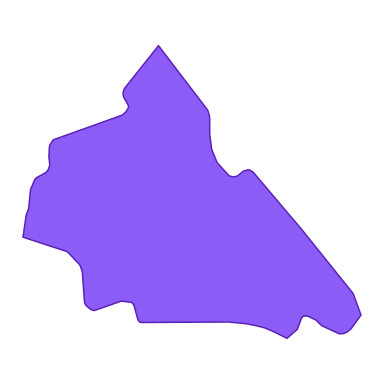 an SVG outline of Brent
{"feature_id": "GBR-2062", "entity_name": "Brent", "entity_type": "London Borough", "adm_level": 1, "iso_a3": "GBR", "parent_name": "United Kingdom", "parent_adm1": "", "projection": "orthographic", "projection_center": [-0.26, 51.562], "detail": "fine", "context": "isolated", "style": "filled", "palette": "violet", "viewbox_px": 384, "rotation_deg": 0, "n_neighbors": 0, "source": "natural_earth", "source_scale": "10m", "svg_char_len": 1014}
<svg xmlns="http://www.w3.org/2000/svg" viewBox="0 0 384 384"><path d="M361.0,315.1L351.1,328.8L347.2,332.0L343.6,333.6L339.2,333.8L321.7,325.7L316.0,320.1L308.0,316.2L304.1,316.0L302.5,316.7L301.4,318.5L297.3,329.4L287.0,338.3L271.9,330.9L264.7,327.9L257.4,326.0L246.1,323.7L228.1,322.0L141.0,322.5L139.7,322.0L138.4,320.6L137.8,319.3L133.9,305.1L131.6,302.4L121.4,301.1L94.2,310.6L90.7,309.5L86.1,305.5L85.1,303.9L84.5,302.2L82.3,271.9L80.5,266.4L79.3,264.3L67.3,251.7L23.0,237.2L26.2,215.0L28.7,208.5L30.5,189.7L34.8,179.4L36.3,177.8L45.9,172.5L47.3,171.0L48.2,169.7L49.5,166.2L49.7,164.6L48.9,156.2L49.4,147.0L49.9,144.9L53.2,139.8L122.0,115.2L125.7,112.0L128.2,108.1L128.5,106.6L128.2,105.1L123.6,97.0L123.2,94.9L123.1,92.6L123.6,90.5L124.5,88.4L158.5,45.7L207.7,110.1L209.4,115.6L209.7,118.1L209.7,134.1L211.7,149.3L217.1,162.6L229.2,175.9L233.3,176.9L237.5,176.0L243.5,171.0L248.1,169.7L249.7,170.0L253.1,172.1L301.5,229.2L353.2,293.6L361.0,315.1Z" fill="#8b5cf6" stroke="#5b21b6" stroke-width="1.5"/></svg>